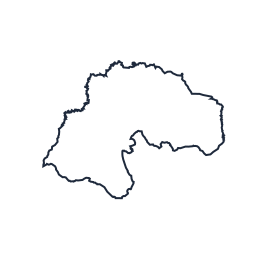 Suhum Municipal, Eastern, Ghana (Natural Earth projection), rotated 329°
{"feature_id": "2480657B2570339807900", "entity_name": "Suhum Municipal", "entity_type": "district", "adm_level": 2, "iso_a3": "GHA", "parent_name": "Ghana", "parent_adm1": "Eastern", "projection": "natural_earth1", "projection_center": [-0.399, 6.043], "detail": "fine", "context": "isolated", "style": "outline", "palette": "slate", "viewbox_px": 256, "rotation_deg": 329, "n_neighbors": 0, "source": "geoboundaries", "source_scale": "gbopen_adm2", "svg_char_len": 5778}
<svg xmlns="http://www.w3.org/2000/svg" viewBox="0 0 256 256"><g transform="rotate(329 128 128)"><path d="M154.2,65.9L153.5,66.8L152.0,66.9L151.7,67.2L150.2,66.3L150.5,65.1L150.3,64.9L147.7,65.8L147.2,66.4L147.7,66.8L147.3,67.0L147.0,66.7L147.0,65.3L145.9,65.2L145.8,66.1L144.3,66.4L143.3,66.9L143.5,67.6L143.8,67.8L143.5,68.1L142.3,68.0L140.3,68.6L139.9,67.7L139.2,67.4L139.1,68.1L138.8,68.1L138.7,68.6L136.3,70.9L136.2,72.0L135.1,70.5L134.5,70.7L134.3,70.4L133.9,70.9L133.5,69.5L132.9,69.1L132.1,67.4L131.7,68.1L129.5,66.9L128.7,66.7L128.1,67.0L126.5,66.0L126.2,65.1L126.2,64.3L125.9,63.9L124.3,63.5L123.8,62.9L123.0,64.0L122.0,64.9L121.2,65.1L120.3,66.2L119.6,65.2L119.3,65.3L119.2,65.9L118.9,65.8L118.3,66.3L118.2,67.9L116.3,68.4L116.0,68.9L114.8,69.5L114.8,69.9L115.2,70.3L115.1,71.3L114.2,71.0L113.6,71.4L113.3,70.7L112.6,70.5L112.4,70.8L113.5,72.0L113.7,72.6L113.3,73.1L113.6,73.5L113.9,73.1L114.1,73.7L112.9,74.6L112.1,74.9L111.5,74.8L110.9,76.4L110.0,77.0L109.8,77.4L110.1,77.9L110.8,78.4L110.7,79.5L110.3,79.8L109.7,79.6L109.5,80.1L109.8,80.9L109.0,81.4L107.5,83.3L107.9,83.8L108.7,84.0L107.1,86.2L106.7,86.2L105.7,85.1L105.0,84.9L104.7,85.9L104.4,85.6L104.7,84.8L103.2,84.6L102.9,86.2L100.1,87.5L100.1,88.6L99.0,87.9L98.3,87.9L98.2,88.7L98.6,89.0L98.2,89.4L97.1,88.9L96.2,89.2L95.0,87.9L95.4,87.6L95.1,87.1L94.7,87.1L93.5,86.0L93.4,86.6L93.9,87.0L93.3,87.3L91.9,85.1L91.3,85.6L91.4,86.1L90.3,86.3L90.3,85.5L90.0,85.5L89.2,84.2L89.0,84.8L88.1,85.1L88.1,84.7L87.3,84.2L86.9,84.6L86.7,84.2L85.9,84.8L85.1,84.3L85.5,82.6L85.1,82.6L84.6,83.4L84.4,83.2L84.1,83.6L83.2,83.3L82.7,82.5L81.9,82.6L82.0,82.3L81.4,82.4L81.4,82.7L81.1,82.7L81.1,83.8L80.3,84.5L80.7,85.0L80.6,85.4L80.9,85.5L80.7,86.3L81.2,86.4L80.8,86.5L80.8,86.9L80.5,86.9L80.3,86.3L80.1,86.6L79.6,86.3L79.3,87.1L79.8,87.1L79.7,87.5L79.2,87.6L79.5,87.8L79.5,88.2L78.8,87.8L75.9,90.3L75.9,90.6L75.3,90.5L75.0,91.1L74.4,91.2L74.1,90.8L73.6,91.5L72.8,91.3L72.3,91.9L72.6,92.2L72.2,92.4L72.4,92.5L69.4,93.2L68.3,93.1L67.3,95.5L65.3,98.3L64.0,99.1L63.6,100.2L61.9,100.6L60.5,103.6L56.6,105.0L53.4,104.9L51.6,107.2L48.9,106.8L47.2,107.9L45.9,109.8L44.6,110.3L43.8,111.2L40.9,111.2L39.0,112.3L37.8,115.0L36.9,115.5L35.7,117.2L39.3,117.3L40.0,117.0L41.0,118.5L42.0,118.9L43.3,118.9L44.1,119.6L45.8,123.4L45.5,125.6L44.9,126.6L45.2,129.4L44.8,132.3L46.6,136.5L48.0,137.2L49.2,138.3L49.9,142.4L50.1,142.9L50.9,143.2L51.2,144.2L53.5,145.4L53.8,145.9L54.6,145.8L55.0,146.1L56.4,145.9L58.2,147.3L62.3,149.1L64.4,148.9L66.5,149.1L68.8,150.8L69.2,151.8L67.5,153.2L68.5,154.9L70.4,156.4L70.5,157.1L71.7,157.9L71.9,158.8L72.6,159.6L72.6,160.4L74.9,161.7L77.3,166.6L77.4,171.9L79.3,178.9L79.9,179.2L79.9,179.6L81.0,180.0L81.4,180.8L81.2,181.7L86.6,185.0L87.4,184.1L88.1,184.0L89.1,184.0L90.3,184.8L94.1,184.2L94.5,183.7L94.5,182.3L95.1,181.4L96.1,180.8L97.3,180.7L98.1,181.1L98.8,181.9L99.2,181.8L100.5,180.6L104.2,178.3L105.1,177.1L104.5,176.4L104.6,175.0L104.9,173.4L106.2,170.6L105.9,170.4L105.2,168.7L105.2,165.3L105.7,164.9L105.8,161.0L107.7,152.6L108.8,149.3L109.7,147.5L111.3,144.9L112.1,144.8L112.4,145.3L113.2,145.6L113.4,146.4L114.4,147.1L115.2,149.6L116.1,149.9L116.4,150.4L118.6,150.5L119.6,149.6L120.2,150.0L120.8,148.4L120.7,148.0L120.5,147.5L119.8,147.8L119.6,147.1L120.5,145.7L120.5,144.8L122.6,145.4L125.5,145.7L126.5,144.4L127.0,141.8L126.6,140.4L125.5,139.1L124.6,138.7L126.2,137.4L127.4,136.8L128.5,137.0L130.2,136.2L132.8,135.7L133.6,136.0L134.6,135.6L135.5,135.8L136.3,136.8L138.0,137.9L137.0,141.0L137.1,143.1L137.5,144.6L137.4,147.3L137.7,148.2L137.3,149.8L138.1,153.6L141.0,155.0L140.9,155.9L141.3,156.8L142.5,157.6L143.9,159.5L144.3,161.4L147.1,161.1L147.6,158.7L150.1,157.7L151.5,159.3L154.2,160.3L154.7,161.6L155.5,162.0L155.8,164.0L155.2,164.4L155.6,165.7L155.7,168.9L155.0,170.3L156.2,171.6L159.1,171.8L160.6,170.9L162.5,172.3L167.6,173.5L170.2,175.1L174.2,177.0L174.9,176.8L175.4,177.5L176.7,178.2L177.9,179.3L178.5,180.7L178.7,182.8L178.4,184.2L180.0,186.1L180.2,189.1L181.0,191.4L185.1,193.1L188.8,192.4L194.4,192.2L196.9,190.1L200.6,189.8L202.9,189.0L203.3,188.5L203.6,187.4L204.2,187.5L204.3,186.6L204.7,186.4L204.4,185.5L204.8,185.6L204.8,185.2L205.3,185.2L205.0,184.1L205.9,184.0L205.7,183.2L206.4,183.3L206.1,182.6L206.7,181.9L207.1,179.2L207.7,178.9L207.6,178.4L208.6,175.8L209.7,174.8L210.3,173.8L210.4,173.2L210.7,173.2L210.7,172.6L211.3,172.1L211.2,171.6L211.7,170.9L211.5,170.6L212.3,169.6L211.9,169.2L212.0,168.8L212.8,169.0L212.8,168.4L213.2,167.9L212.9,167.8L214.0,166.9L213.7,165.3L214.5,165.4L214.4,165.1L216.2,162.7L216.3,161.6L216.9,161.5L217.1,161.0L218.0,160.8L217.9,160.4L218.7,160.0L218.7,159.6L219.2,159.0L220.2,158.8L220.3,158.1L219.9,155.8L218.9,155.2L218.1,153.5L217.1,152.9L217.6,151.6L218.3,151.1L218.3,150.0L217.4,149.3L216.0,147.2L215.5,146.9L215.2,146.3L214.3,145.7L215.4,145.7L215.8,145.4L216.0,145.1L215.7,144.1L209.5,138.5L206.9,135.6L200.3,131.5L200.6,129.5L200.2,124.9L200.6,124.0L200.5,122.3L200.0,120.6L200.2,118.9L200.8,118.0L200.6,117.0L199.8,115.8L199.5,114.0L200.7,112.7L201.6,110.4L202.3,110.2L202.5,109.5L202.1,109.3L200.7,110.3L200.3,110.3L197.3,108.1L194.6,104.2L194.0,102.2L193.3,101.4L190.8,100.1L187.7,100.0L187.0,96.8L187.2,95.1L186.0,91.7L183.9,90.0L182.5,90.7L182.9,86.8L181.4,86.8L180.7,86.0L179.5,85.2L178.7,85.7L176.8,85.1L175.2,85.0L175.7,81.3L173.8,79.8L172.7,79.6L172.1,78.6L171.5,78.4L170.3,78.2L169.3,78.9L167.7,77.7L167.0,78.3L166.0,77.7L165.8,77.2L166.0,76.7L167.2,76.4L167.3,75.9L167.1,75.2L166.1,74.6L165.6,74.5L165.3,74.9L165.9,74.9L165.9,75.4L165.1,75.2L164.8,75.5L164.9,77.4L165.4,78.2L164.7,78.4L162.8,77.9L161.9,76.9L160.6,76.4L159.8,77.0L155.4,73.8L155.2,73.2L155.8,71.8L155.5,71.1L154.8,70.8L154.7,70.3L155.5,70.1L156.3,69.0L155.0,67.5L155.1,66.8L154.7,66.0L154.2,65.9Z" fill="none" stroke="#1e293b" stroke-width="2"/></g></svg>